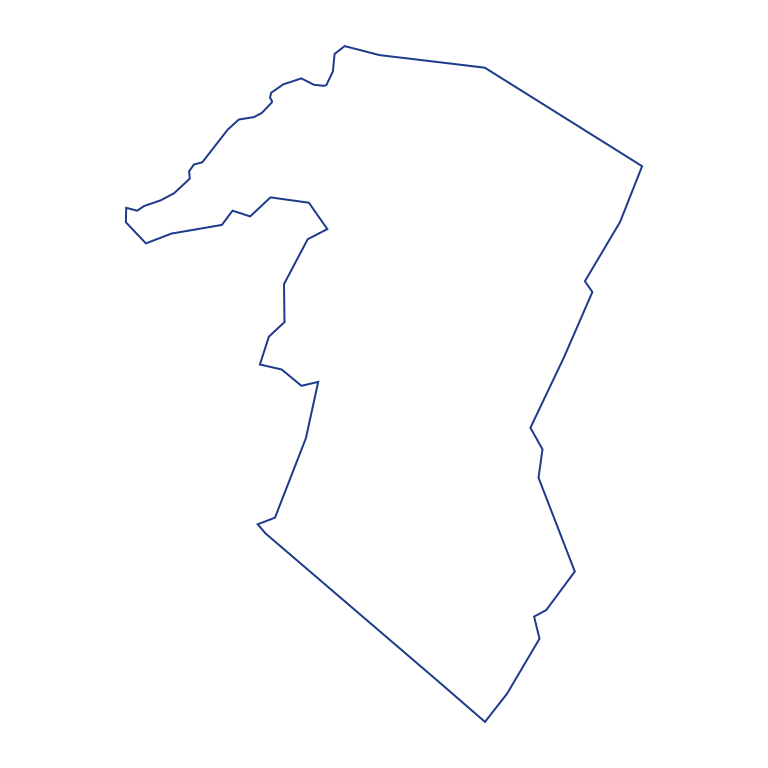 Grant, West Virginia, United States of America
{"feature_id": "52423323B78270191990376", "entity_name": "Grant", "entity_type": "district", "adm_level": 2, "iso_a3": "USA", "parent_name": "United States of America", "parent_adm1": "West Virginia", "projection": "mercator", "projection_center": [-79.285, 39.071], "detail": "fine", "context": "isolated", "style": "outline", "palette": "blue", "viewbox_px": 768, "rotation_deg": 0, "n_neighbors": 0, "source": "geoboundaries", "source_scale": "gbopen_adm2", "svg_char_len": 883}
<svg xmlns="http://www.w3.org/2000/svg" viewBox="0 0 768 768"><path d="M485.0,721.9L507.1,693.6L539.5,638.7L534.1,616.6L546.3,610.0L574.8,571.5L538.5,477.7L542.5,449.3L530.4,427.8L563.8,357.7L592.4,292.0L584.9,281.2L620.1,221.9L642.1,166.2L484.8,67.7L379.5,55.1L344.6,46.1L334.6,53.9L332.9,71.5L326.3,85.1L323.8,85.8L314.0,84.8L301.3,78.4L283.4,84.3L271.2,92.7L270.0,97.7L272.0,101.1L271.8,102.5L261.7,113.0L253.9,117.1L238.9,119.5L227.8,129.5L202.3,162.3L193.9,164.5L189.1,171.3L189.8,178.6L174.1,193.2L161.0,200.2L144.2,206.0L137.2,210.7L126.2,207.8L125.9,222.3L145.9,243.4L171.3,233.6L221.9,224.9L232.5,210.7L250.2,216.4L270.5,197.4L308.9,202.7L327.3,229.1L307.7,239.2L284.0,284.1L284.5,322.1L268.9,336.6L259.9,364.5L281.7,369.5L301.4,385.8L318.2,381.9L305.9,438.2L275.0,517.6L257.7,524.3L265.6,533.5L440.7,683.5L485.0,721.9Z" fill="none" stroke="#1e3a8a" stroke-width="2"/></svg>